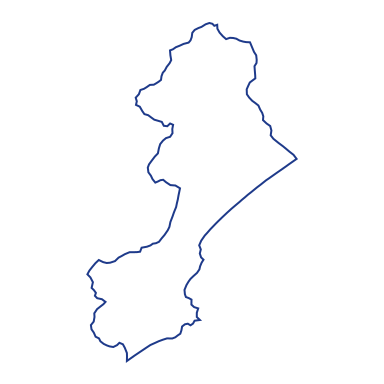 outline of Peruíbe, São Paulo, Brazil
{"feature_id": "56859067B40169634932968", "entity_name": "Peruíbe", "entity_type": "district", "adm_level": 2, "iso_a3": "BRA", "parent_name": "Brazil", "parent_adm1": "São Paulo", "projection": "albers", "projection_center": [-47.022, -24.285], "detail": "fine", "context": "isolated", "style": "outline", "palette": "blue", "viewbox_px": 384, "rotation_deg": 0, "n_neighbors": 0, "source": "geoboundaries", "source_scale": "gbopen_adm2", "svg_char_len": 3022}
<svg xmlns="http://www.w3.org/2000/svg" viewBox="0 0 384 384"><path d="M126.9,361.0L134.4,355.7L139.6,352.2L145.7,348.1L150.4,345.0L155.3,342.8L158.8,341.2L162.9,339.7L167.0,338.4L172.2,338.5L175.3,337.3L177.9,335.3L180.3,333.7L181.4,330.4L182.1,326.5L184.9,324.3L187.8,323.7L190.5,325.3L193.0,323.6L194.6,320.7L199.9,320.0L196.8,317.0L196.8,312.8L198.2,308.4L194.1,307.1L191.4,304.6L191.5,299.6L188.8,298.1L185.9,297.0L184.9,294.2L184.5,289.9L186.5,285.0L188.6,281.5L190.5,278.9L193.3,276.2L197.0,272.9L199.4,269.4L200.1,266.3L201.6,262.7L203.5,259.7L201.1,257.4L199.8,253.5L200.8,249.4L199.2,245.3L201.2,240.7L204.8,235.5L207.2,232.9L210.3,229.3L213.4,226.1L215.9,223.5L218.4,221.0L221.8,217.7L227.0,212.8L231.4,208.8L236.0,204.9L239.7,201.8L241.8,199.9L245.3,197.0L247.8,194.8L251.5,191.9L257.0,187.4L260.7,184.6L266.2,180.2L268.6,178.6L276.1,173.3L286.0,166.4L288.6,164.5L296.6,158.9L293.5,154.8L289.5,151.7L286.9,149.5L282.9,146.2L278.6,143.0L273.4,138.8L270.7,135.3L271.4,130.5L270.2,126.0L266.6,123.5L263.0,120.1L263.3,116.3L262.2,112.9L260.2,109.6L258.4,105.5L255.1,102.9L252.2,100.8L249.2,97.6L246.9,94.3L246.7,89.3L248.2,85.9L249.8,82.5L252.7,80.3L255.3,78.4L255.2,75.4L254.8,70.5L254.5,66.2L256.5,63.0L256.7,59.9L256.2,55.3L254.0,51.9L252.5,48.3L250.0,42.3L246.0,42.1L243.2,41.6L239.5,40.5L236.3,38.7L233.2,38.0L229.9,37.8L226.1,39.1L222.8,36.2L219.6,32.6L217.4,28.7L217.2,24.8L214.3,25.8L212.4,23.8L209.4,23.0L205.6,24.3L201.5,26.9L198.5,28.0L194.7,29.9L192.3,32.8L191.7,37.2L190.5,40.4L188.6,42.6L183.6,43.9L179.7,45.7L175.9,47.2L172.9,49.3L170.0,50.4L170.4,55.3L171.2,60.1L169.6,63.2L166.7,66.9L164.8,70.5L162.8,72.7L161.5,76.2L161.0,79.9L158.7,81.7L156.2,83.3L153.8,84.7L149.9,84.9L146.6,87.2L144.0,88.8L140.4,90.0L138.9,94.2L135.7,97.7L136.8,101.3L136.0,104.9L139.8,106.7L142.3,111.1L144.4,114.1L148.2,115.2L151.4,117.6L154.3,119.7L157.8,120.7L161.8,121.9L163.8,125.8L167.3,126.2L170.1,123.5L173.1,124.8L172.3,129.0L172.5,133.2L170.1,136.8L166.0,138.1L163.0,140.6L160.2,144.1L158.9,148.3L157.9,153.4L154.8,156.6L151.4,161.1L149.0,164.4L147.8,167.6L148.4,172.3L150.9,175.7L152.5,179.1L155.3,182.6L157.9,181.5L160.4,180.2L163.2,179.8L166.0,182.2L170.4,185.1L175.4,185.5L180.0,188.3L178.5,195.5L177.8,199.5L176.9,203.2L176.1,207.1L174.9,210.0L173.8,212.8L172.6,216.3L170.4,222.0L169.4,226.9L167.8,230.2L164.5,235.0L161.6,238.4L159.0,241.8L156.0,243.2L152.8,243.7L150.5,245.4L147.0,246.7L141.6,247.7L140.1,251.7L137.1,252.1L133.8,252.2L129.6,252.2L124.8,254.2L121.5,256.1L118.6,257.6L115.0,261.1L110.1,262.7L106.7,263.0L103.1,262.1L98.8,260.0L95.4,263.2L92.3,266.9L89.4,270.6L87.4,274.3L90.4,277.4L92.9,282.2L91.6,287.9L93.9,290.1L95.9,292.9L94.9,295.8L97.2,298.2L101.9,299.2L105.5,301.9L103.4,304.2L100.8,306.2L97.1,309.1L94.3,313.3L94.5,317.0L93.7,321.6L90.9,325.1L91.5,329.3L93.8,332.6L95.6,336.7L99.0,338.4L100.4,341.3L103.7,343.9L106.8,345.4L109.6,346.4L113.3,347.0L117.1,345.1L119.4,342.8L122.9,344.3L124.8,347.8L126.9,353.0L127.0,356.4L126.9,361.0Z" fill="none" stroke="#1e3a8a" stroke-width="2"/></svg>